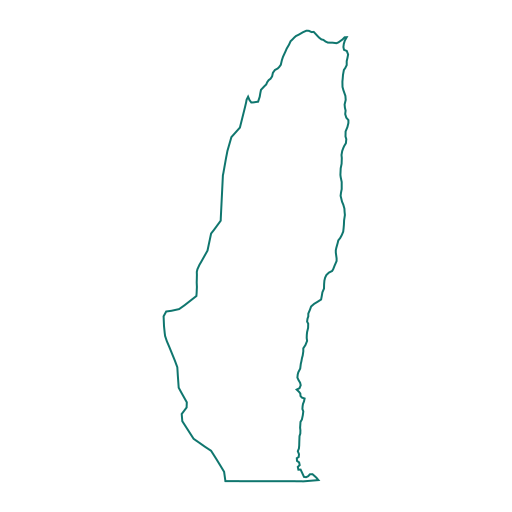 outline of Centro do Guilherme, Maranhão, Brazil
{"feature_id": "56859067B30223143423538", "entity_name": "Centro do Guilherme", "entity_type": "district", "adm_level": 2, "iso_a3": "BRA", "parent_name": "Brazil", "parent_adm1": "Maranhão", "projection": "equal_earth", "projection_center": [-46.079, -2.413], "detail": "fine", "context": "isolated", "style": "outline", "palette": "teal", "viewbox_px": 512, "rotation_deg": 0, "n_neighbors": 0, "source": "geoboundaries", "source_scale": "gbopen_adm2", "svg_char_len": 3147}
<svg xmlns="http://www.w3.org/2000/svg" viewBox="0 0 512 512"><path d="M346.7,37.2L344.6,37.3L342.6,39.4L338.4,42.4L336.5,43.2L332.7,42.7L327.9,42.6L325.5,41.5L323.4,39.9L321.4,39.4L319.3,37.8L317.9,36.4L315.6,33.9L313.7,31.9L311.6,32.1L308.8,30.8L306.4,30.7L303.0,32.2L298.7,34.7L296.0,36.0L294.4,37.4L292.4,39.5L290.6,41.2L289.0,44.7L286.7,48.6L285.5,51.4L283.0,56.8L281.9,60.1L280.8,64.8L279.2,67.0L277.7,68.5L274.9,70.0L272.9,72.8L272.1,76.4L270.5,78.8L268.7,80.1L267.2,82.2L266.2,84.5L264.5,86.1L261.0,89.8L260.3,93.2L259.7,96.8L258.9,99.2L258.1,101.7L255.9,102.0L253.5,102.4L251.3,102.5L249.5,100.1L248.1,96.7L246.6,99.7L246.1,102.5L244.9,107.6L239.9,127.6L233.9,134.3L231.4,137.1L227.4,151.0L226.9,153.7L226.1,157.7L225.3,162.2L223.4,172.9L222.9,175.3L220.8,217.8L220.7,220.7L213.8,230.1L211.1,233.5L207.5,250.6L201.1,262.0L199.5,264.7L197.4,269.3L196.8,271.9L196.9,274.9L196.8,279.3L196.7,282.4L196.9,287.0L196.6,293.4L196.4,296.0L184.5,305.3L179.1,309.1L171.4,310.8L166.2,311.5L163.6,316.3L164.0,326.0L164.7,332.9L165.1,336.0L166.8,341.1L169.4,347.2L174.9,360.7L177.3,367.2L177.5,370.2L177.8,375.2L178.7,387.7L181.3,392.5L186.8,402.3L186.7,405.0L186.6,407.5L181.7,414.0L182.3,421.2L193.6,438.8L204.9,446.7L211.1,450.8L216.5,459.3L220.3,465.5L224.1,471.8L225.4,481.1L246.2,481.2L289.8,481.2L292.1,481.2L302.1,481.3L304.0,481.3L318.4,480.1L316.5,477.8L315.0,476.4L312.5,474.2L309.9,474.3L308.2,476.2L306.1,477.2L304.0,476.9L302.3,473.2L300.6,469.6L298.4,469.7L297.8,466.9L299.7,465.1L299.1,462.4L297.0,460.9L296.8,458.2L298.7,457.0L299.0,454.2L297.8,451.2L298.9,448.6L299.2,445.5L299.3,441.7L299.4,439.1L299.5,436.1L300.3,433.6L300.4,430.3L300.1,427.7L300.3,424.9L300.5,421.9L301.9,419.5L302.8,415.3L303.3,411.4L302.4,409.0L302.6,406.2L303.0,403.9L304.0,401.4L304.6,398.5L301.9,397.6L300.5,396.0L300.3,393.5L299.0,391.8L296.7,389.6L299.5,388.2L300.7,385.2L300.1,382.7L298.6,380.2L297.4,377.6L297.7,374.6L298.3,372.3L300.2,368.6L300.8,363.8L301.4,361.3L302.0,358.0L302.7,355.5L303.3,351.4L303.3,348.3L305.4,345.1L307.1,340.9L306.7,338.0L306.8,334.9L307.1,332.0L308.1,327.9L308.2,323.7L307.1,321.6L307.5,318.7L308.3,316.4L308.3,313.6L310.0,309.6L311.1,306.5L312.7,305.1L314.2,303.8L317.4,301.9L321.1,299.5L321.7,296.4L322.4,292.3L324.0,288.6L324.1,284.2L324.4,280.6L325.1,277.7L326.4,275.0L328.9,272.6L332.1,271.0L333.2,269.2L334.6,265.6L335.7,263.1L336.6,261.0L336.6,258.4L335.8,252.6L335.8,250.2L336.3,247.9L337.7,242.9L338.3,240.4L340.2,238.0L341.8,235.0L343.2,231.7L343.6,228.3L343.9,224.8L344.1,220.3L344.9,215.0L344.6,212.0L344.4,208.6L343.3,204.7L342.0,201.6L340.6,195.8L341.0,192.7L341.7,189.1L341.7,186.0L341.7,182.0L340.7,177.2L340.4,174.9L340.7,168.3L341.6,163.8L341.8,158.1L341.5,155.0L342.2,151.0L343.3,148.0L344.2,146.0L345.9,143.2L346.3,139.2L345.5,136.5L345.6,131.4L347.4,127.1L348.4,123.0L348.4,120.1L346.3,117.7L345.2,114.1L345.6,110.6L344.9,107.6L344.6,104.5L345.7,99.9L345.4,95.9L343.3,89.9L342.5,86.9L342.4,81.6L342.7,78.6L343.0,74.8L343.9,69.9L345.2,68.1L346.7,65.1L346.7,61.1L347.4,58.2L348.1,54.5L346.8,51.0L344.0,49.8L343.4,47.0L343.8,43.9L344.8,40.6L346.7,37.2Z" fill="none" stroke="#0f766e" stroke-width="2"/></svg>